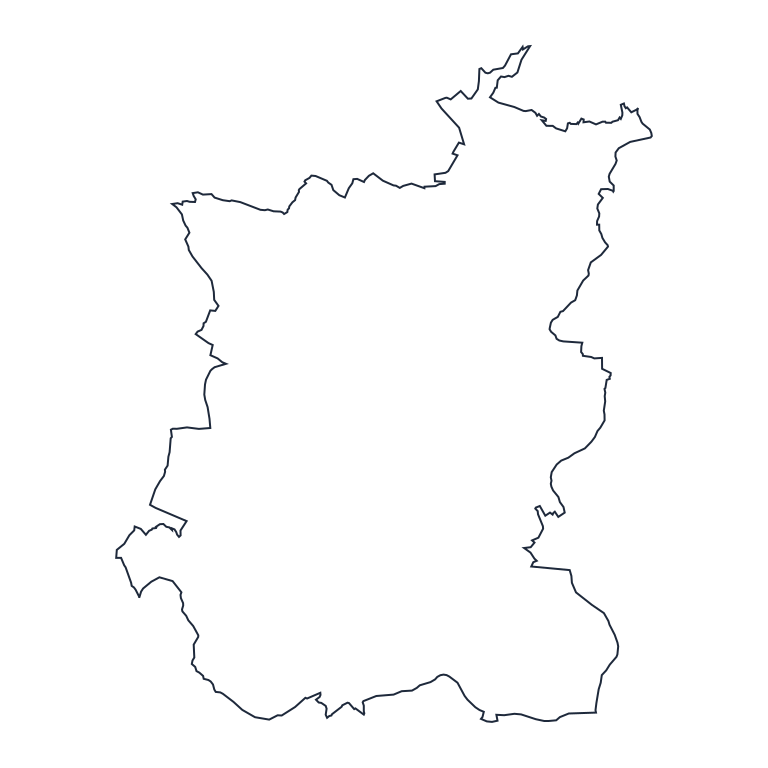 the district of Sanmartin, Cluj, Romania
{"feature_id": "2599482B60326025316894", "entity_name": "Sanmartin", "entity_type": "district", "adm_level": 2, "iso_a3": "ROU", "parent_name": "Romania", "parent_adm1": "Cluj", "projection": "equal_earth", "projection_center": [24.069, 47.018], "detail": "fine", "context": "isolated", "style": "outline", "palette": "slate", "viewbox_px": 768, "rotation_deg": 0, "n_neighbors": 0, "source": "geoboundaries", "source_scale": "gbopen_adm2", "svg_char_len": 6094}
<svg xmlns="http://www.w3.org/2000/svg" viewBox="0 0 768 768"><path d="M603.8,410.7L605.2,401.4L604.7,396.1L605.3,392.7L604.5,388.9L605.4,388.0L606.7,379.9L609.8,378.8L609.4,376.9L610.6,375.4L610.7,373.0L602.1,368.8L602.0,357.9L594.3,358.4L591.2,357.0L582.9,355.8L582.8,354.1L581.1,352.0L581.4,346.1L582.3,342.7L563.3,341.4L559.3,340.5L556.6,338.8L555.4,335.4L551.1,331.8L549.6,329.3L549.7,328.3L550.9,322.7L552.7,319.8L557.8,316.9L560.4,311.8L563.0,311.1L571.0,302.6L575.2,300.2L576.9,295.4L577.4,290.5L583.2,280.5L588.5,275.5L588.8,273.6L588.1,270.1L590.8,262.4L601.1,254.9L608.0,246.6L607.6,245.1L605.1,242.4L602.4,237.9L601.3,234.0L599.3,230.5L599.2,224.7L597.0,224.7L597.1,221.1L599.1,216.5L599.3,213.4L597.3,208.5L597.9,204.5L602.8,197.9L598.7,193.9L601.1,189.2L607.9,189.0L612.9,190.8L613.3,191.6L613.7,191.0L613.7,185.5L609.7,181.6L608.8,176.7L609.6,173.8L615.5,163.9L616.7,160.5L615.4,156.5L615.6,152.5L618.8,148.2L630.2,141.9L650.6,137.5L651.8,136.0L651.3,133.0L649.8,129.5L642.6,123.6L641.4,121.8L639.6,117.1L637.5,113.9L637.4,110.3L638.1,108.1L636.7,109.6L631.3,112.3L627.1,107.4L625.8,108.2L624.5,106.2L623.9,103.5L620.8,104.8L622.4,112.6L622.3,115.3L620.8,118.9L619.6,117.5L618.0,120.2L612.5,121.7L611.3,122.8L605.9,122.7L605.3,121.7L602.5,121.7L596.0,124.4L589.4,121.5L583.5,122.3L583.7,119.5L581.4,118.6L578.3,123.7L577.7,122.6L576.4,124.1L570.8,123.9L569.7,122.8L567.9,123.4L567.1,128.3L565.3,131.3L556.1,128.4L552.8,125.9L546.4,125.8L541.8,120.3L545.7,120.9L546.1,119.0L544.1,117.5L540.9,116.5L538.9,114.0L537.1,115.8L535.4,112.8L531.6,110.0L525.7,111.1L523.5,110.9L514.3,107.0L498.4,102.6L490.0,97.3L493.3,92.7L495.4,87.8L496.8,87.7L497.7,80.3L501.0,76.5L504.5,77.1L508.5,75.8L511.9,76.8L517.4,72.5L521.5,59.7L530.1,46.1L528.0,46.3L523.0,49.4L522.6,46.9L517.9,53.4L511.0,54.3L505.0,65.6L502.9,68.0L493.3,69.7L490.0,72.7L487.8,73.3L485.4,72.7L481.3,68.2L479.4,69.0L478.9,81.2L477.8,89.4L471.4,98.5L467.9,98.7L460.7,91.0L450.7,99.4L446.8,97.7L445.4,97.9L436.6,101.3L441.5,108.5L459.1,127.7L464.1,144.3L458.9,142.6L453.5,151.6L452.6,153.6L457.5,155.3L448.2,171.1L445.5,172.8L434.6,174.4L435.0,181.2L444.7,181.9L444.7,183.7L439.3,184.1L435.6,186.1L424.5,186.7L424.4,188.2L411.5,183.6L403.2,185.9L399.8,187.9L396.0,185.7L393.5,185.4L382.9,180.7L373.2,173.3L368.9,175.8L364.9,180.0L364.0,182.0L357.2,178.9L353.4,179.2L352.3,183.3L348.8,188.2L344.9,197.5L339.3,195.2L333.3,190.1L331.5,184.8L328.3,182.6L326.9,180.8L315.6,176.0L311.4,175.6L309.5,177.9L305.2,180.3L304.5,181.6L306.1,183.4L299.4,189.1L298.8,190.2L299.0,191.9L295.6,197.5L295.1,200.1L292.4,202.3L289.3,206.4L289.0,208.4L287.7,209.6L287.3,212.1L284.1,214.0L282.7,212.5L280.6,211.6L273.6,211.3L267.8,209.5L264.9,210.2L260.4,209.8L240.3,202.1L231.6,200.4L229.7,201.2L222.8,200.2L214.6,197.6L211.5,194.1L202.9,194.6L197.9,192.3L192.7,193.1L193.7,196.0L195.7,199.3L195.0,202.0L189.6,201.8L187.0,201.0L182.7,201.6L182.2,204.7L177.6,203.2L172.2,204.0L176.5,207.3L181.9,214.4L183.2,220.5L185.6,225.6L187.4,227.7L189.4,232.7L185.2,239.4L188.4,246.6L188.8,250.0L192.5,256.5L201.6,268.2L207.4,274.6L211.6,280.8L213.8,291.9L214.2,299.9L218.5,305.9L215.3,310.9L210.2,310.4L205.9,321.8L203.6,323.3L203.5,326.0L201.5,329.9L197.6,331.6L195.7,334.1L208.5,343.1L212.7,345.0L210.4,355.2L217.6,358.4L222.2,362.2L226.0,363.8L214.6,367.2L212.1,369.1L210.4,370.8L206.0,379.7L205.0,384.5L204.3,394.6L205.2,399.9L207.6,407.1L209.5,418.8L210.3,428.0L198.9,428.9L187.0,427.4L176.9,428.8L172.9,428.7L170.9,429.7L171.9,436.9L170.7,438.3L169.6,452.2L168.4,456.7L167.6,465.6L164.9,469.7L165.1,471.8L163.9,476.0L160.1,481.0L155.3,489.3L150.0,504.8L155.6,507.9L186.6,521.1L180.5,530.5L180.6,535.4L179.0,536.9L177.1,534.6L176.2,532.0L174.5,529.4L171.8,528.3L172.0,530.0L169.3,527.4L166.3,526.8L163.4,524.0L159.9,524.2L156.0,526.8L156.4,527.3L156.1,528.0L152.4,528.5L151.7,529.7L149.1,530.8L145.9,534.8L140.8,528.9L134.7,526.5L134.2,530.4L129.4,535.2L124.3,543.8L116.8,549.9L116.2,557.9L121.1,557.9L124.2,565.3L125.6,567.3L131.1,582.7L131.7,585.9L133.9,587.4L135.6,589.7L139.1,596.6L139.2,597.8L141.1,591.6L143.1,588.5L151.3,581.7L159.4,577.3L172.6,581.1L181.4,592.3L180.5,594.9L180.9,598.1L183.1,603.1L183.2,605.5L182.0,609.5L182.4,611.4L186.2,615.8L188.3,620.3L193.2,626.0L198.3,635.3L198.2,637.0L193.7,644.6L194.3,657.5L192.5,660.5L191.8,664.0L195.2,666.9L196.5,671.1L199.3,672.6L203.1,675.9L203.7,678.8L208.4,680.0L210.7,681.5L213.0,684.5L214.3,689.5L215.7,691.9L220.3,692.4L222.9,693.8L233.5,701.9L242.3,709.9L255.0,717.2L269.2,719.6L277.6,715.3L281.7,715.5L295.1,707.0L305.4,697.8L307.1,698.5L320.3,692.8L320.5,694.9L319.6,697.0L316.0,699.7L318.7,702.5L321.3,702.9L325.7,705.9L326.6,708.7L325.7,714.7L327.1,717.8L329.3,716.0L331.4,715.5L332.0,714.2L341.6,706.8L342.3,705.3L347.5,702.7L349.0,703.1L354.2,709.1L355.4,708.4L363.8,714.6L364.3,713.4L363.8,711.2L363.8,705.6L362.7,702.3L363.4,701.1L376.3,696.0L393.6,694.6L401.7,691.2L412.0,690.6L416.8,687.9L419.8,685.3L430.5,682.1L435.1,679.4L437.3,676.9L440.4,675.2L443.5,674.6L446.6,675.1L449.4,676.6L457.5,682.7L464.6,695.9L467.5,699.7L475.3,707.2L479.5,710.0L483.8,711.8L482.5,717.0L481.0,718.9L486.8,721.4L492.0,721.9L497.5,720.7L496.4,714.8L504.2,715.2L514.4,713.8L521.1,714.4L535.8,719.2L544.2,721.0L548.6,721.0L556.2,720.3L559.9,717.1L568.8,713.5L596.0,712.6L595.5,710.2L596.4,703.0L598.7,689.2L600.7,682.8L601.8,675.1L606.2,670.4L609.8,664.6L616.5,656.8L617.4,654.4L618.2,646.4L617.5,642.7L614.7,634.8L609.5,624.7L608.4,621.0L603.9,613.1L591.9,604.9L576.0,592.4L571.9,582.8L571.4,576.0L569.7,570.1L531.3,566.5L533.3,562.2L536.7,560.8L534.4,558.6L530.5,552.6L524.1,548.0L530.7,547.2L534.5,542.6L532.1,540.4L538.4,537.7L543.1,528.7L542.9,526.2L538.0,514.2L537.7,511.1L535.3,508.6L535.8,507.6L539.8,506.0L545.3,515.7L550.0,512.6L552.6,514.6L553.4,512.9L554.8,511.7L558.3,516.9L564.7,512.6L563.5,507.0L559.9,502.1L558.4,497.0L553.1,490.5L551.4,486.7L550.8,483.8L551.5,480.7L550.8,477.3L551.7,472.1L556.7,464.5L561.2,460.6L568.3,457.7L574.4,453.3L584.9,448.4L591.4,441.7L594.9,437.0L597.5,431.0L600.3,427.7L604.6,420.4L604.5,414.4L603.8,410.7Z" fill="none" stroke="#1e293b" stroke-width="2"/></svg>